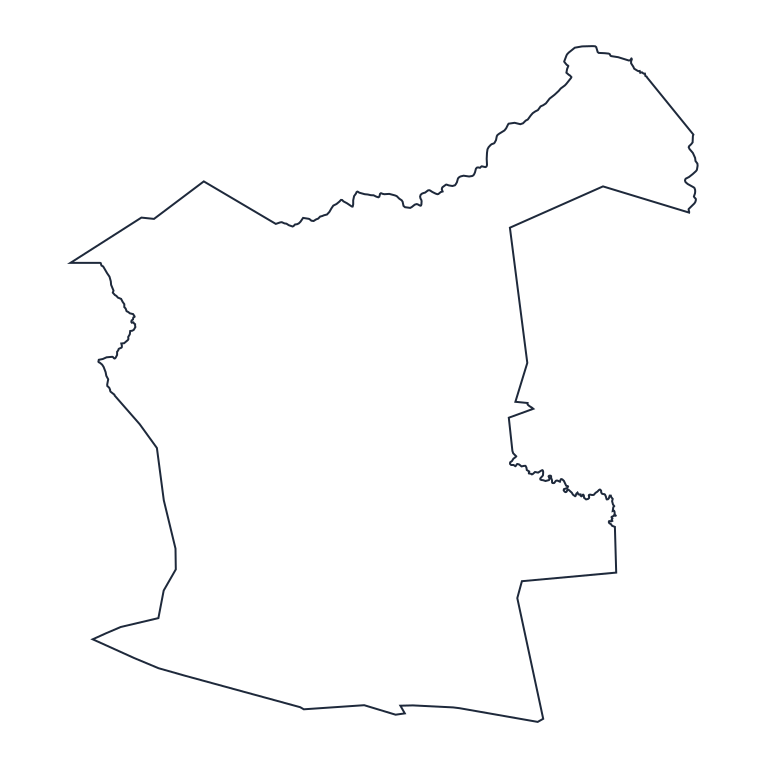 outline of Gualaco, Olancho, Honduras
{"feature_id": "27666195B37652459733493", "entity_name": "Gualaco", "entity_type": "district", "adm_level": 2, "iso_a3": "HND", "parent_name": "Honduras", "parent_adm1": "Olancho", "projection": "mercator", "projection_center": [-86.008, 15.224], "detail": "fine", "context": "isolated", "style": "outline", "palette": "slate", "viewbox_px": 768, "rotation_deg": 0, "n_neighbors": 0, "source": "geoboundaries", "source_scale": "gbopen_adm2", "svg_char_len": 6069}
<svg xmlns="http://www.w3.org/2000/svg" viewBox="0 0 768 768"><path d="M203.8,181.4L154.0,218.9L141.4,217.6L70.4,262.9L100.2,262.9L100.7,263.1L101.5,265.6L103.2,266.5L107.1,273.2L109.5,276.7L110.8,281.3L111.1,284.8L113.5,290.6L112.8,292.7L114.9,295.0L116.4,295.9L117.9,297.6L121.1,298.9L122.6,301.8L124.3,304.2L124.3,307.1L125.6,308.5L126.6,311.2L128.4,312.1L129.8,313.3L133.1,314.1L134.6,316.4L134.5,316.9L133.3,317.5L133.0,319.4L131.6,320.5L131.3,321.9L131.8,322.7L133.4,322.4L134.0,323.4L135.1,324.2L135.1,325.9L135.4,327.0L133.8,329.8L132.3,330.7L130.2,331.0L129.8,334.3L128.2,337.0L128.4,339.0L127.9,340.0L124.1,343.2L121.3,343.5L121.9,345.8L121.8,347.2L121.4,347.7L119.0,348.7L118.6,349.1L118.2,350.4L117.1,351.8L117.1,354.9L115.7,357.6L115.1,358.3L114.5,358.5L113.9,358.2L113.0,357.1L112.3,356.8L106.6,357.3L102.8,359.0L98.8,359.8L98.4,361.7L98.7,362.2L99.8,362.7L102.1,364.6L103.6,366.9L105.6,372.1L106.3,375.8L108.2,379.3L107.2,384.5L107.3,386.0L109.2,387.7L110.1,389.8L110.1,390.7L110.6,391.7L114.4,394.7L114.7,395.6L139.7,424.2L156.9,448.0L163.8,500.3L175.5,548.6L175.8,569.4L163.7,590.5L158.4,618.1L120.7,627.0L106.2,633.2L92.7,639.3L134.3,658.1L158.5,668.2L184.9,675.7L300.2,707.2L303.8,709.3L364.2,705.2L395.6,714.7L404.8,713.4L400.4,705.7L412.9,705.4L453.1,707.4L459.6,708.2L537.7,721.9L543.2,718.8L517.3,598.1L521.9,581.2L616.2,572.6L614.9,526.9L612.1,525.8L611.0,524.2L609.3,523.2L608.8,522.0L609.2,521.1L611.5,521.3L612.3,520.9L611.7,519.5L612.4,518.6L611.6,517.5L611.7,516.8L613.0,516.3L613.7,515.6L615.3,515.8L615.7,515.6L615.4,515.1L614.4,514.5L614.7,513.6L614.5,511.7L614.1,510.8L613.8,510.6L612.7,511.0L613.3,507.2L614.2,506.1L613.0,504.5L612.1,501.2L612.7,498.9L611.3,497.2L610.8,495.6L609.7,495.6L608.8,498.4L607.8,499.3L606.8,499.4L606.5,499.0L605.9,496.6L605.0,494.6L604.4,494.2L602.9,494.0L601.9,493.6L601.2,492.4L601.1,490.7L600.3,489.7L599.6,489.6L599.0,490.0L597.4,491.6L595.6,492.8L593.7,494.9L592.1,495.0L590.0,494.6L589.1,494.9L588.8,495.4L589.2,497.3L589.0,498.1L587.9,499.0L586.1,499.4L584.1,497.8L583.8,495.4L583.3,494.7L582.6,494.8L582.0,496.0L581.3,496.3L580.4,495.5L580.4,494.4L578.4,494.4L577.5,492.6L576.4,493.6L575.6,495.9L575.1,496.2L572.9,494.6L571.8,492.7L568.6,489.8L567.4,490.0L566.6,491.6L566.1,492.0L565.4,492.1L564.6,491.6L563.7,490.4L563.9,489.2L567.4,487.9L568.0,486.4L567.7,486.1L566.8,486.0L566.1,485.6L563.9,480.9L562.3,479.4L561.4,479.1L560.8,479.3L559.9,481.7L557.5,480.6L556.3,480.6L555.7,481.0L554.3,482.9L553.7,483.1L552.5,483.0L552.1,482.5L552.0,480.2L551.1,477.8L551.1,476.2L550.8,475.8L550.0,475.6L549.1,475.8L548.6,476.3L549.5,478.7L549.3,479.6L548.9,480.1L545.5,481.0L543.1,480.2L541.4,480.0L540.4,479.5L540.2,478.8L540.5,478.1L542.5,476.0L543.0,475.1L543.2,472.0L542.9,470.7L542.5,470.2L541.6,470.4L538.1,472.6L535.0,472.0L532.8,474.0L531.9,474.4L531.0,473.8L528.9,473.4L528.8,473.0L529.2,471.5L526.8,470.0L526.4,467.5L525.5,465.9L523.9,465.9L521.5,466.4L519.2,464.5L517.5,464.0L516.9,464.2L515.8,465.9L515.3,466.2L513.6,465.0L511.2,465.0L510.1,464.0L510.0,463.2L510.2,462.3L512.0,461.0L513.4,458.7L515.6,457.1L516.2,456.3L513.2,453.3L512.4,450.9L508.8,417.7L533.3,408.8L532.0,407.7L529.4,406.1L527.8,404.7L527.5,404.0L527.6,403.0L515.4,401.8L527.3,362.9L509.9,227.7L603.0,186.4L689.1,212.6L689.2,212.0L688.6,209.8L688.7,209.0L694.4,203.4L695.4,201.8L695.9,199.9L695.7,198.7L694.4,197.4L693.9,196.5L695.0,193.3L695.2,191.6L695.1,189.8L694.5,188.1L693.8,187.4L687.7,184.0L685.6,182.2L685.0,180.7L685.2,179.6L685.7,178.7L689.0,177.0L692.7,174.1L695.9,171.2L696.7,170.2L697.0,169.3L697.6,165.7L697.4,163.6L695.5,161.0L695.1,157.9L692.9,153.0L689.5,149.0L688.7,147.2L689.1,146.2L691.2,144.2L692.6,142.4L692.9,135.9L693.4,134.6L647.0,77.4L646.7,76.7L645.4,76.0L644.9,73.6L643.6,73.6L641.9,72.3L640.3,72.8L639.7,71.0L638.6,71.2L637.6,70.8L634.2,68.7L633.3,66.7L631.1,63.3L631.1,61.3L631.8,59.4L631.6,58.6L631.4,58.5L630.2,60.3L628.8,60.5L618.2,57.2L611.2,56.1L610.5,55.7L609.7,54.1L608.7,53.6L604.8,53.2L598.7,52.9L597.7,52.1L596.2,47.1L595.2,46.3L592.9,46.1L582.1,46.4L574.8,47.7L568.7,52.6L567.1,54.3L566.5,55.4L564.2,61.5L564.4,62.0L566.7,64.8L568.0,65.6L568.3,66.0L567.1,69.0L566.4,72.7L568.8,74.8L570.0,75.5L571.4,77.1L571.0,78.0L566.3,83.9L564.9,85.4L560.7,88.5L558.7,90.9L554.5,94.8L549.6,98.6L545.9,103.4L543.2,105.2L540.6,106.4L537.9,110.1L535.3,111.4L532.7,113.2L530.7,115.5L527.8,119.5L525.7,120.6L523.0,123.3L520.3,124.2L514.6,122.8L508.6,123.7L508.1,124.4L506.1,128.4L504.4,130.5L499.2,133.7L497.5,135.0L496.8,136.2L496.0,140.1L494.6,142.7L493.9,143.4L491.6,144.2L490.5,145.1L488.6,147.2L487.5,149.3L487.0,152.8L486.7,158.8L487.0,164.7L486.8,165.8L486.3,166.7L485.3,167.1L481.8,166.3L481.2,166.6L480.0,167.8L478.0,167.4L476.8,167.7L475.9,168.8L475.0,172.3L474.2,174.1L473.4,175.3L472.2,176.0L469.1,176.5L463.6,175.7L460.7,176.4L459.4,177.0L458.0,178.4L456.9,182.3L455.6,184.5L454.9,185.3L452.4,186.0L448.8,185.4L446.6,184.6L445.9,184.7L442.5,187.2L442.0,188.1L441.8,189.3L442.6,191.5L440.7,192.1L438.4,194.0L437.4,194.2L435.6,193.6L432.2,191.9L430.1,190.5L429.2,190.2L428.0,190.4L425.1,192.6L423.3,193.1L421.7,193.8L420.6,194.9L420.1,196.6L420.5,198.5L421.3,199.9L421.6,201.1L421.4,204.4L421.1,205.3L420.7,205.7L419.8,205.5L417.6,204.3L416.5,204.1L414.7,204.7L411.8,207.0L410.2,207.9L405.0,207.2L403.5,205.9L402.6,201.7L401.7,200.3L399.3,198.7L396.7,196.1L394.9,195.4L389.3,193.9L384.4,194.2L382.8,193.9L381.0,193.2L380.1,193.8L379.3,196.7L378.3,197.3L376.2,196.6L373.6,195.3L370.9,195.2L367.8,194.5L364.7,194.2L359.3,192.7L358.0,191.8L357.3,191.6L356.5,192.2L356.0,193.5L354.1,196.1L353.2,200.3L353.2,204.2L352.8,206.2L352.6,206.6L351.8,206.5L346.9,203.2L343.5,201.4L342.1,200.0L341.0,199.9L339.4,201.6L336.5,204.0L333.3,205.6L331.4,208.4L329.4,211.9L327.0,214.5L323.9,215.3L322.3,216.0L320.1,216.6L318.2,218.6L316.1,219.4L313.6,221.0L311.4,220.7L309.5,219.1L308.7,218.8L303.1,217.9L300.5,221.7L298.8,223.4L297.1,224.2L295.0,224.5L293.5,226.1L292.6,226.5L288.8,225.2L286.5,223.7L284.5,223.4L281.8,222.2L280.2,222.4L275.8,223.9L203.8,181.4Z" fill="none" stroke="#1e293b" stroke-width="2"/></svg>